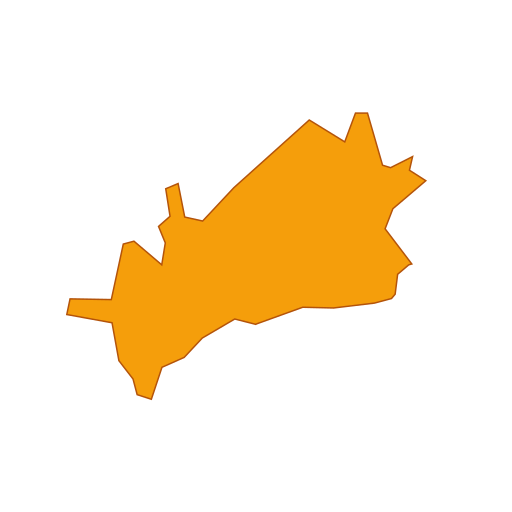 outline of Bulakbashi, Andijon, Uzbekistan, rotated 300°
{"feature_id": "79887680B25262696508510", "entity_name": "Bulakbashi", "entity_type": "district", "adm_level": 2, "iso_a3": "UZB", "parent_name": "Uzbekistan", "parent_adm1": "Andijon", "projection": "mercator", "projection_center": [72.458, 40.641], "detail": "fine", "context": "isolated", "style": "filled", "palette": "amber", "viewbox_px": 512, "rotation_deg": 300, "n_neighbors": 0, "source": "geoboundaries", "source_scale": "gbopen_adm2", "svg_char_len": 707}
<svg xmlns="http://www.w3.org/2000/svg" viewBox="0 0 512 512"><g transform="rotate(300 256 256)"><path d="M110.7,121.4L126.2,164.7L96.8,189.6L88.0,211.0L76.5,222.4L79.6,237.0L112.6,230.2L132.3,244.5L158.1,250.5L190.8,269.1L196.7,290.0L197.2,290.2L235.0,322.1L249.8,349.2L274.5,382.2L286.9,394.6L292.5,395.6L311.0,387.8L324.7,392.7L327.0,394.9L344.1,354.2L365.4,350.9L406.1,365.4L407.0,346.0L420.4,341.9L399.8,328.4L397.9,320.2L435.5,281.1L429.5,270.7L399.2,275.8L400.4,234.1L304.2,202.7L259.6,192.3L254.1,174.8L279.8,152.3L269.1,144.2L247.4,161.7L232.9,156.8L222.0,170.9L201.2,178.8L207.8,142.9L200.0,135.1L145.9,152.5L125.9,116.4L110.7,121.4Z" fill="#f59e0b" stroke="#b45309" stroke-width="1.5"/></g></svg>